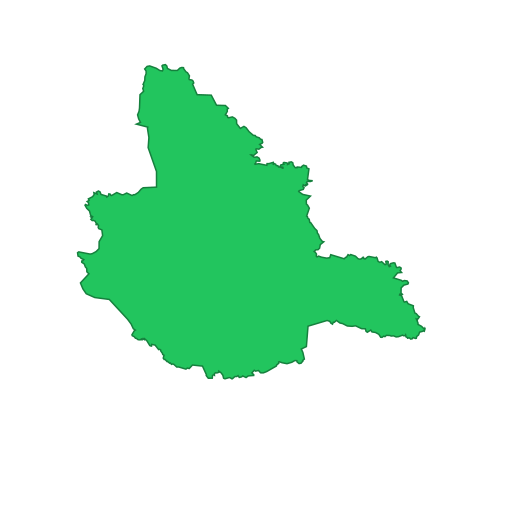 Carácuaro, Michoacán, Mexico, rotated 117°
{"feature_id": "50627088B80711859528483", "entity_name": "Carácuaro", "entity_type": "district", "adm_level": 2, "iso_a3": "MEX", "parent_name": "Mexico", "parent_adm1": "Michoacán", "projection": "equal_earth", "projection_center": [-101.063, 19.0], "detail": "fine", "context": "isolated", "style": "filled", "palette": "green", "viewbox_px": 512, "rotation_deg": 117, "n_neighbors": 0, "source": "geoboundaries", "source_scale": "gbopen_adm2", "svg_char_len": 6130}
<svg xmlns="http://www.w3.org/2000/svg" viewBox="0 0 512 512"><g transform="rotate(117 256 256)"><path d="M366.7,390.1L366.2,380.8L361.3,367.0L370.6,341.8L373.3,336.4L376.5,332.3L376.8,329.9L377.7,330.5L382.5,330.8L383.2,330.1L383.2,327.8L384.0,326.1L383.7,325.2L384.1,323.1L383.3,321.1L382.6,320.8L382.5,319.7L381.8,320.1L381.5,319.1L380.8,319.1L381.2,317.6L380.3,317.7L381.1,314.7L384.0,310.0L384.0,309.3L383.7,308.2L382.1,308.8L381.2,305.5L383.6,300.2L382.9,299.5L382.9,298.4L383.9,297.7L385.2,295.2L386.1,294.4L386.2,292.9L389.1,292.3L389.9,290.8L389.4,290.2L390.4,287.5L390.1,287.4L390.7,284.2L390.2,283.8L390.9,282.1L390.3,281.7L389.8,280.2L390.9,276.2L390.0,274.5L388.6,267.1L387.0,266.3L386.6,264.4L382.0,263.1L378.4,253.7L384.2,246.4L385.1,246.1L386.6,243.0L384.7,239.5L382.1,240.5L381.0,239.7L381.1,238.9L379.8,239.6L378.4,239.1L378.0,237.8L376.5,236.3L375.5,236.8L375.9,234.2L377.3,231.4L379.6,229.4L379.5,227.9L376.7,224.9L376.2,224.0L376.4,221.7L376.1,221.3L373.0,220.1L372.1,218.4L370.7,217.7L371.8,215.8L370.2,213.9L368.9,213.4L368.8,209.7L366.3,208.4L363.5,203.8L362.8,204.1L362.0,206.6L358.6,205.7L358.8,204.2L356.9,201.8L358.0,198.9L356.8,196.4L354.1,194.0L344.8,187.9L343.5,188.1L341.3,187.0L340.1,187.7L339.6,187.3L339.3,184.4L337.9,179.5L334.4,175.8L331.5,173.9L330.7,172.1L331.7,171.4L332.3,168.8L331.1,167.2L328.2,166.5L327.8,167.0L325.9,166.1L320.6,170.5L318.3,173.4L313.8,170.0L294.9,177.8L281.2,163.4L280.7,160.6L281.8,158.9L282.0,156.9L279.9,157.0L279.5,156.1L276.9,155.1L277.6,150.8L276.9,148.2L276.9,142.9L275.0,138.4L273.0,135.6L272.8,128.9L271.2,125.5L273.2,123.7L273.4,122.2L269.9,120.1L271.0,118.2L269.9,114.9L270.0,111.0L271.8,108.0L271.2,106.7L269.5,105.9L269.3,104.5L267.5,103.8L266.0,100.5L266.0,99.3L264.7,97.2L264.5,94.4L263.2,92.4L259.9,89.4L260.1,88.5L259.4,87.0L258.4,86.9L260.0,85.6L259.9,83.9L260.4,83.6L259.3,82.2L259.8,80.4L258.8,79.2L257.4,79.0L257.0,76.3L256.5,75.8L254.8,76.3L252.5,75.3L249.6,75.7L247.1,72.9L246.3,72.8L246.5,71.9L244.0,72.4L243.7,72.8L244.4,72.8L244.4,73.9L243.5,76.6L243.4,80.6L242.2,81.2L239.5,84.3L239.5,83.3L238.6,83.6L238.2,83.0L235.9,82.8L235.9,83.9L234.6,87.1L234.7,88.5L230.7,92.4L228.9,93.2L229.5,98.8L228.0,101.1L229.6,102.7L229.6,103.4L225.4,108.1L225.6,110.4L224.7,110.5L224.4,108.8L223.7,108.2L223.1,110.0L218.5,112.2L214.8,111.0L212.0,107.9L210.7,108.0L209.6,110.0L210.5,112.7L212.0,113.9L211.7,115.4L213.1,123.6L206.8,122.2L204.6,118.8L203.7,120.9L201.7,120.8L200.8,121.3L200.6,123.0L202.4,125.2L202.3,125.8L199.2,129.1L199.7,130.5L201.8,132.8L203.4,132.8L204.0,131.6L205.0,132.4L203.6,134.5L201.1,135.6L201.0,136.9L201.9,137.9L203.6,136.6L204.6,136.4L205.2,137.2L204.0,141.5L205.5,142.8L205.3,144.9L202.8,147.2L202.4,148.3L203.3,148.8L205.1,155.1L205.9,156.0L209.2,157.5L209.3,159.1L208.4,159.5L208.4,160.0L210.8,161.0L211.8,162.2L212.1,163.8L211.0,167.3L211.7,172.3L213.1,172.9L213.0,174.6L215.9,174.8L216.6,175.6L218.4,176.1L220.9,190.0L224.0,189.5L225.8,192.0L227.3,197.1L227.7,200.2L229.1,201.2L228.8,202.2L226.8,203.0L225.7,205.0L225.6,206.2L223.4,205.6L222.2,203.6L220.2,202.9L216.7,203.9L212.6,202.1L212.9,203.5L211.3,207.1L208.4,210.1L207.8,211.6L205.7,213.2L204.8,216.2L201.4,222.5L201.7,223.3L199.1,225.3L198.8,227.0L197.5,228.1L197.5,229.0L189.2,230.2L187.2,233.2L186.9,234.6L183.4,236.6L177.9,234.7L179.9,242.3L179.2,247.2L178.2,247.2L175.2,244.1L173.3,244.2L172.9,245.8L171.1,246.2L171.3,244.0L170.0,244.1L169.6,243.5L170.0,243.1L169.1,242.6L168.5,242.6L167.9,244.3L167.2,244.4L165.9,243.5L165.0,241.4L163.2,239.7L164.5,243.0L164.6,244.8L154.3,248.4L154.5,250.7L153.0,251.9L153.5,254.9L155.5,255.9L156.4,255.7L158.0,259.7L158.6,259.5L159.5,261.1L158.1,264.1L156.2,265.6L156.1,267.3L157.6,269.2L158.7,268.3L160.1,269.4L159.3,269.7L159.0,270.6L159.9,273.5L160.4,273.9L161.0,273.9L161.7,272.8L163.5,275.2L165.1,275.3L165.4,274.3L164.7,272.4L165.3,271.8L165.7,272.1L165.6,274.0L166.4,276.4L165.6,277.5L166.2,279.0L165.3,280.2L165.4,281.6L167.0,282.4L165.7,282.3L164.7,283.1L167.8,286.4L168.7,288.1L170.3,287.5L172.5,295.5L174.7,298.4L174.5,298.8L173.7,298.4L171.2,298.9L169.8,295.7L168.8,296.0L167.4,297.6L167.2,300.1L168.5,301.8L168.8,303.1L168.2,306.4L167.8,305.8L167.8,303.9L163.2,302.0L161.3,304.4L160.4,304.5L159.5,301.9L157.1,300.8L156.1,299.6L154.9,303.4L152.9,301.8L151.7,301.6L149.5,303.6L149.9,304.9L149.2,306.8L149.7,309.9L149.0,311.5L149.7,313.1L148.4,318.6L146.2,323.1L146.0,325.6L149.4,327.9L146.9,333.3L143.8,335.0L142.9,337.3L142.8,340.2L145.3,343.2L145.4,344.1L144.1,345.1L144.1,347.4L140.2,347.2L138.3,348.3L137.0,347.7L135.8,351.6L139.6,359.6L133.0,368.9L139.0,381.7L131.7,390.5L130.1,390.0L128.7,391.5L128.3,393.0L129.1,395.5L128.5,396.2L125.7,397.1L123.8,400.3L123.7,402.0L122.0,405.4L121.1,406.1L121.7,407.7L123.2,409.2L126.4,410.3L129.1,415.7L129.1,420.1L127.2,421.7L126.6,423.6L128.3,425.8L129.3,426.1L131.8,423.5L133.6,423.4L134.4,425.9L134.0,430.1L134.9,437.0L136.5,439.1L139.9,440.1L141.1,437.9L143.4,436.7L146.8,436.3L150.1,434.8L154.4,434.5L154.4,434.0L155.6,433.2L158.2,432.9L160.2,430.9L164.9,432.6L177.0,427.0L180.2,425.9L184.0,425.6L187.1,422.8L189.4,419.6L192.8,422.4L190.3,410.9L191.5,410.7L199.1,405.2L208.4,401.3L225.9,383.0L239.8,375.9L246.4,387.5L248.6,388.7L252.8,389.7L256.4,391.8L257.0,393.0L258.4,393.9L258.6,399.8L261.7,402.1L262.3,403.3L262.7,408.9L267.7,412.1L267.9,412.9L267.1,413.8L267.4,415.3L269.7,414.9L271.2,415.7L270.5,416.5L271.5,422.1L269.7,424.0L269.6,425.9L271.5,427.2L272.9,425.7L273.2,429.2L274.6,428.1L277.3,428.5L281.2,431.3L282.2,429.9L284.1,431.2L284.5,429.5L286.5,428.2L287.4,429.3L287.5,431.3L288.4,431.4L290.4,428.4L291.5,424.8L294.9,421.7L295.2,419.3L296.0,419.5L296.3,420.6L296.9,419.4L298.3,419.8L298.8,418.0L298.1,417.1L298.0,415.1L299.5,413.1L300.6,412.8L300.4,412.1L299.5,411.9L300.4,410.1L302.0,409.7L303.0,408.6L302.7,405.2L307.5,401.9L314.4,402.3L320.7,399.2L324.7,400.5L328.3,403.0L329.6,404.7L332.8,415.8L334.1,416.5L336.9,414.5L336.7,412.6L337.5,410.8L337.4,407.8L338.8,408.1L339.6,409.0L340.7,408.4L341.1,405.3L343.2,403.1L343.9,401.2L346.9,399.5L347.7,396.8L359.7,400.2L363.9,395.3L366.7,390.1Z" fill="#22c55e" stroke="#15803d" stroke-width="1.5"/></g></svg>